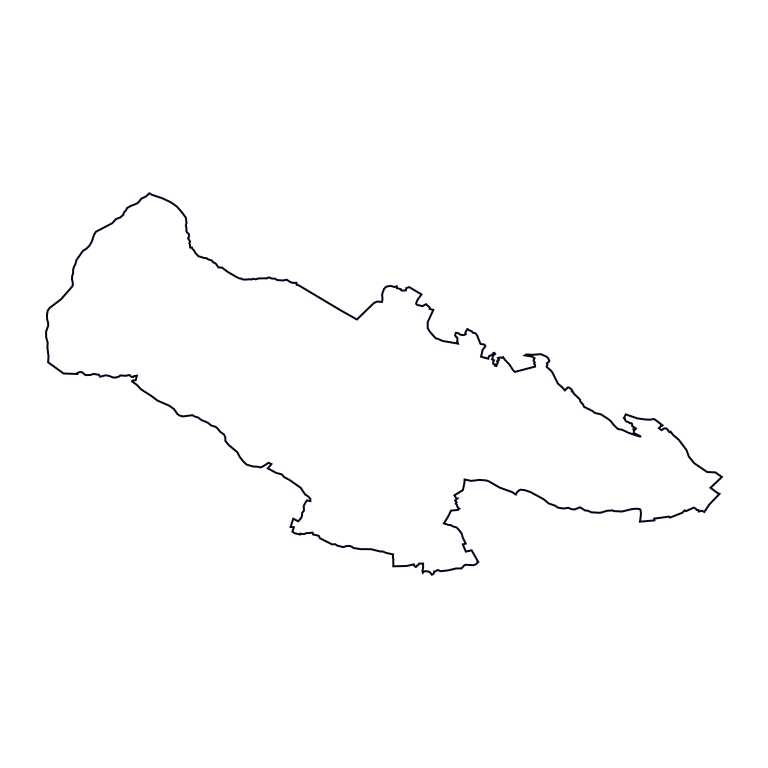 outline of Baita De Sub Codru, Maramures, Romania
{"feature_id": "2599482B56138966689543", "entity_name": "Baita De Sub Codru", "entity_type": "district", "adm_level": 2, "iso_a3": "ROU", "parent_name": "Romania", "parent_adm1": "Maramures", "projection": "robinson", "projection_center": [23.146, 47.54], "detail": "fine", "context": "isolated", "style": "outline", "palette": "ink", "viewbox_px": 768, "rotation_deg": 0, "n_neighbors": 0, "source": "geoboundaries", "source_scale": "gbopen_adm2", "svg_char_len": 6088}
<svg xmlns="http://www.w3.org/2000/svg" viewBox="0 0 768 768"><path d="M473.6,565.2L476.0,564.2L478.3,561.9L477.2,560.8L477.2,560.1L471.6,550.3L465.8,551.6L462.8,544.4L465.7,543.6L462.8,537.7L461.7,533.7L459.6,530.7L456.5,527.4L453.4,526.6L450.7,525.1L448.8,525.0L443.9,523.4L448.1,516.6L451.0,510.6L458.0,509.9L459.2,508.8L458.3,508.5L458.2,507.5L457.5,507.0L456.9,504.9L455.7,503.6L456.6,502.3L455.1,500.6L457.3,498.5L456.3,498.4L454.4,495.3L462.9,490.1L464.4,483.1L464.6,479.5L471.3,480.9L479.1,479.9L486.0,480.4L488.8,481.3L499.7,487.6L511.9,492.0L515.9,494.5L517.1,492.1L519.5,490.1L521.0,489.7L525.3,490.3L530.5,492.1L543.5,499.1L548.6,503.4L555.4,505.8L557.5,507.4L559.3,507.9L563.7,508.5L568.3,507.8L571.4,509.1L574.4,509.5L580.1,507.3L585.1,510.5L587.9,510.7L591.2,512.3L600.2,512.8L607.0,510.8L612.5,510.4L613.9,511.1L622.0,511.5L632.0,509.1L636.0,508.7L639.8,509.1L640.5,509.9L641.0,514.0L640.0,521.7L654.4,520.4L654.2,518.6L657.4,518.2L669.1,516.6L670.0,517.6L682.4,512.7L684.6,510.4L686.1,511.1L693.7,507.6L695.7,508.6L696.7,510.0L698.4,510.1L698.8,511.5L701.8,510.7L704.3,512.0L709.3,504.5L719.5,493.9L717.3,492.9L710.5,487.8L721.9,477.0L715.4,472.4L707.1,472.0L694.2,463.2L688.8,456.5L686.5,450.0L678.7,439.7L673.0,434.9L670.7,431.8L670.3,432.3L669.1,431.9L667.7,429.7L666.1,428.4L664.2,428.4L661.6,430.2L658.9,428.1L660.9,426.1L661.0,425.3L662.0,425.9L662.6,425.4L654.9,419.5L653.6,419.1L649.8,419.7L645.5,419.5L637.4,418.4L625.8,414.4L623.9,418.2L624.9,418.7L625.1,420.1L626.5,421.6L628.6,422.1L629.7,423.2L631.5,423.2L632.2,424.2L632.2,426.1L636.0,428.5L635.2,429.6L633.5,429.3L633.9,431.2L633.7,433.0L641.1,436.6L638.8,436.3L628.2,432.7L622.3,429.8L617.7,428.9L613.5,424.7L610.7,421.0L607.6,418.6L600.8,414.3L594.7,412.9L592.7,411.1L584.0,406.8L583.0,404.4L580.3,401.5L580.1,399.9L579.4,398.9L573.7,393.5L573.3,392.2L571.9,391.5L572.3,390.7L571.3,389.2L569.2,387.6L567.7,387.5L564.9,390.4L562.3,387.4L557.9,383.6L552.4,372.5L551.3,371.0L546.7,366.9L547.4,364.8L546.9,363.3L549.1,361.6L549.3,360.9L548.0,358.0L546.4,356.6L540.9,354.2L532.2,354.8L526.5,354.4L524.9,355.4L532.1,356.6L534.6,358.3L533.5,360.4L534.8,362.4L534.1,363.8L535.0,364.9L535.1,366.6L514.8,371.9L513.1,370.2L509.5,364.6L504.8,359.7L503.1,357.1L502.0,357.8L499.7,357.5L498.0,358.0L499.0,359.8L498.6,360.7L497.4,360.6L497.1,361.6L497.8,362.7L496.3,366.0L495.2,365.8L495.4,364.5L493.4,364.2L493.0,362.6L494.0,360.3L492.1,359.4L492.5,358.8L492.8,355.8L495.2,353.9L494.2,352.8L493.5,352.9L493.3,353.7L491.6,355.0L489.0,356.2L488.3,358.7L481.0,356.7L482.7,349.8L485.4,346.2L484.5,344.6L480.5,343.9L476.9,335.0L475.2,333.1L472.8,332.7L471.6,331.2L469.0,330.2L467.8,329.1L467.3,329.1L465.7,331.9L465.3,333.2L465.8,334.2L463.8,335.1L460.6,334.8L457.7,332.9L455.8,332.9L455.1,335.4L456.0,336.8L457.3,337.6L457.5,340.2L457.1,341.4L458.0,343.6L442.8,341.0L436.9,338.5L435.8,338.4L429.9,331.8L427.7,328.2L427.7,322.2L433.3,309.9L429.7,309.0L429.9,307.9L429.5,307.3L426.0,304.2L422.5,306.1L417.5,305.0L416.3,304.1L416.1,303.3L417.6,299.7L421.5,294.4L409.2,287.1L406.2,288.2L405.9,290.4L402.2,290.6L401.3,290.4L400.7,289.1L396.9,288.2L396.7,286.3L394.5,287.0L390.6,285.9L386.4,286.6L384.0,288.9L382.1,294.3L382.5,299.0L382.0,301.9L376.9,301.6L373.8,303.1L356.9,319.5L340.4,310.2L298.7,285.3L296.6,284.8L296.5,282.9L292.7,282.9L290.0,281.9L286.7,279.7L282.9,280.5L278.0,280.1L276.5,279.8L275.4,278.8L271.6,278.5L269.1,277.5L267.7,277.7L267.3,278.3L258.7,278.4L255.8,279.3L252.8,278.8L251.3,279.6L249.8,279.2L245.9,279.6L242.2,279.4L241.3,278.6L239.4,278.4L236.8,277.2L227.6,271.8L222.0,267.6L218.4,267.4L216.2,264.2L215.2,263.1L213.2,262.4L212.0,260.6L208.0,259.3L206.6,258.2L204.2,258.0L198.4,256.2L195.5,253.1L193.8,250.3L192.4,248.8L192.0,247.6L190.1,247.5L190.0,244.7L189.3,243.1L190.1,241.5L188.1,238.4L189.2,236.0L188.8,233.9L187.0,232.5L186.3,230.8L186.5,228.2L185.8,225.6L186.5,223.1L186.0,218.6L185.7,217.5L182.0,212.4L176.7,206.4L170.5,202.1L161.9,198.1L151.9,194.8L149.3,193.3L145.9,196.5L141.1,198.8L138.8,202.0L136.6,203.7L130.8,205.9L126.9,208.2L126.3,209.9L123.8,212.7L123.5,214.5L120.4,217.4L115.9,219.1L112.4,223.1L96.0,231.7L94.1,234.6L91.9,241.4L89.6,245.5L86.5,248.6L82.8,251.0L76.4,260.2L75.4,264.2L74.1,266.4L73.2,269.4L73.0,273.9L72.1,276.2L72.0,279.4L72.7,282.1L72.8,285.1L72.2,286.5L61.1,299.2L49.8,307.8L47.7,310.6L47.0,314.8L47.1,319.3L48.2,323.2L48.2,325.8L46.1,331.5L46.1,333.4L46.2,337.5L47.7,342.7L47.4,347.2L48.5,356.5L48.1,362.3L63.6,373.5L77.4,374.0L77.4,372.9L79.5,372.1L81.9,372.1L85.5,375.1L90.8,374.9L93.5,373.9L98.9,374.8L100.1,376.7L105.6,375.3L109.1,375.9L112.8,377.4L115.7,377.6L119.5,376.3L120.3,375.4L125.8,375.8L129.4,375.0L131.2,376.7L133.4,377.0L134.0,376.1L136.9,375.7L135.7,380.2L132.5,380.5L132.0,381.4L136.9,384.9L141.1,389.4L151.3,395.9L157.5,400.6L169.3,405.7L173.9,409.0L177.4,414.0L179.4,415.5L183.0,416.4L192.5,415.2L194.1,416.3L198.1,417.5L201.2,419.9L207.8,422.7L211.4,425.6L215.3,426.7L217.2,428.1L220.2,431.8L223.9,434.4L225.3,437.2L225.4,441.0L228.7,445.0L237.4,452.3L239.8,457.0L243.0,461.1L246.6,464.6L253.1,466.5L257.4,466.7L260.1,467.4L262.6,466.6L268.6,462.8L271.4,464.1L267.8,468.4L276.2,472.9L281.8,474.4L284.0,477.0L289.9,480.2L300.7,487.8L305.0,494.3L308.6,496.8L310.3,498.7L310.4,501.1L306.9,500.4L305.0,503.3L303.7,506.3L304.0,510.6L302.3,512.6L301.9,516.1L301.1,518.1L298.2,521.3L293.3,518.7L290.6,527.0L293.9,527.2L292.4,531.7L294.9,533.3L300.1,534.5L300.3,533.7L304.0,534.1L306.2,533.2L312.7,532.7L312.9,534.4L318.7,535.8L320.0,538.3L332.1,544.4L335.1,544.2L337.3,545.6L343.2,547.1L346.9,546.0L349.3,545.9L351.3,546.5L353.6,548.0L360.2,549.1L371.0,549.2L380.4,551.5L382.6,551.4L386.1,552.9L393.1,554.4L392.9,557.5L393.3,559.2L393.3,566.3L406.5,566.0L413.9,564.4L414.3,565.8L415.6,566.9L416.3,566.8L417.1,565.5L418.2,565.1L419.0,563.6L423.1,563.6L423.1,568.0L422.4,571.2L422.9,572.7L423.7,571.7L425.4,571.1L428.9,571.7L430.2,572.5L431.8,574.7L433.1,574.2L434.2,572.5L434.1,571.6L436.0,571.1L437.6,570.0L440.8,571.2L448.5,570.3L455.9,568.5L461.5,568.4L464.1,565.5L465.6,564.8L473.6,565.2Z" fill="none" stroke="#020617" stroke-width="2"/></svg>